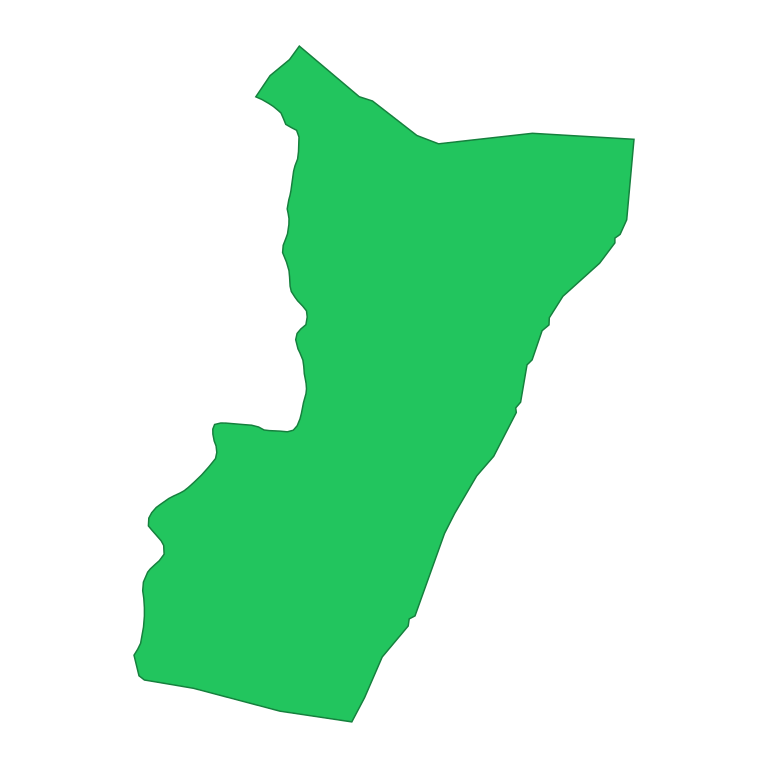 San Antonio Palopó, Sololá, Guatemala (Albers equal-area conic projection)
{"feature_id": "79465075B56849944054802", "entity_name": "San Antonio Palopó", "entity_type": "district", "adm_level": 2, "iso_a3": "GTM", "parent_name": "Guatemala", "parent_adm1": "Sololá", "projection": "albers", "projection_center": [-91.117, 14.666], "detail": "fine", "context": "isolated", "style": "filled", "palette": "green", "viewbox_px": 768, "rotation_deg": 0, "n_neighbors": 0, "source": "geoboundaries", "source_scale": "gbopen_adm2", "svg_char_len": 1794}
<svg xmlns="http://www.w3.org/2000/svg" viewBox="0 0 768 768"><path d="M134.0,655.2L139.0,675.8L144.4,680.0L193.5,688.3L280.1,711.2L351.8,721.9L364.6,697.6L382.2,657.0L408.2,626.0L409.2,618.9L415.0,615.9L444.5,533.5L454.7,513.4L476.7,475.9L493.7,456.3L516.3,412.5L515.7,407.9L520.6,402.2L527.0,364.9L532.1,359.9L542.1,330.7L549.0,324.9L549.3,317.8L562.9,296.3L599.7,263.1L614.9,242.9L614.9,238.1L620.1,234.4L626.7,219.8L634.0,139.3L532.4,133.3L438.5,143.8L416.9,135.5L372.5,101.0L359.2,96.7L299.3,46.1L289.5,59.6L270.1,75.6L255.8,96.8L262.1,99.6L268.7,103.4L273.0,106.2L277.3,109.7L281.0,113.0L283.4,118.5L285.8,124.4L291.4,127.6L296.6,130.3L299.0,137.1L298.5,151.7L297.6,159.0L295.0,165.8L293.6,171.2L291.9,183.6L290.9,190.9L290.0,195.4L288.8,199.8L287.2,208.9L288.2,213.6L289.0,218.6L288.9,224.4L287.5,233.9L285.8,238.6L283.2,245.3L282.6,252.6L286.5,262.1L289.0,270.7L289.6,277.3L290.1,286.2L291.3,291.5L295.1,297.4L297.7,300.9L302.7,306.1L306.5,310.9L307.2,317.0L305.9,324.7L300.9,328.9L297.1,333.4L295.7,339.7L298.0,348.9L299.9,352.8L302.9,360.1L303.8,366.7L304.3,373.8L305.3,379.0L306.1,383.5L306.5,388.9L306.0,393.6L303.5,402.6L301.4,413.4L300.0,418.9L297.2,425.7L293.3,430.2L287.4,431.8L279.7,431.1L269.3,430.6L264.1,430.0L258.6,427.0L251.6,425.2L245.0,424.7L226.0,423.1L220.8,423.0L214.6,424.5L212.8,429.1L212.9,434.2L214.2,441.0L216.1,446.0L216.8,452.5L215.5,458.6L208.8,466.9L201.5,475.1L193.8,482.5L187.9,487.8L183.9,490.9L179.9,493.1L173.6,496.0L168.8,498.5L161.5,503.6L156.2,507.5L151.7,512.7L148.8,518.1L148.4,525.9L151.5,529.7L161.1,540.7L163.7,545.5L164.1,554.2L159.3,560.7L155.8,563.8L150.4,568.8L147.7,572.1L143.4,582.1L142.7,590.7L143.8,598.4L144.4,607.7L144.4,616.1L143.5,627.1L140.6,643.3L137.7,649.2L134.0,655.2Z" fill="#22c55e" stroke="#15803d" stroke-width="1.5"/></svg>